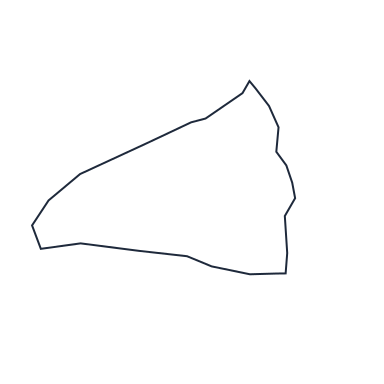 Höganäs, Skåne, Sweden (Albers equal-area conic projection), rotated 300°
{"feature_id": "70781695B23199884308581", "entity_name": "Höganäs", "entity_type": "district", "adm_level": 2, "iso_a3": "SWE", "parent_name": "Sweden", "parent_adm1": "Skåne", "projection": "albers", "projection_center": [12.637, 56.23], "detail": "fine", "context": "isolated", "style": "outline", "palette": "slate", "viewbox_px": 384, "rotation_deg": 300, "n_neighbors": 0, "source": "geoboundaries", "source_scale": "gbopen_adm2", "svg_char_len": 471}
<svg xmlns="http://www.w3.org/2000/svg" viewBox="0 0 384 384"><g transform="rotate(300 192 192)"><path d="M316.8,186.3L302.9,186.3L262.4,167.0L251.9,156.4L211.4,128.3L151.6,86.1L113.0,72.0L83.1,70.2L67.2,89.5L91.8,121.2L114.6,175.7L133.9,219.8L137.4,246.2L149.7,283.3L163.8,306.2L168.3,313.8L186.7,305.0L217.6,284.4L238.2,284.4L250.2,274.1L262.2,260.4L269.0,244.9L291.3,234.6L305.0,215.7L313.5,195.2L316.8,186.3Z" fill="none" stroke="#1e293b" stroke-width="2"/></g></svg>